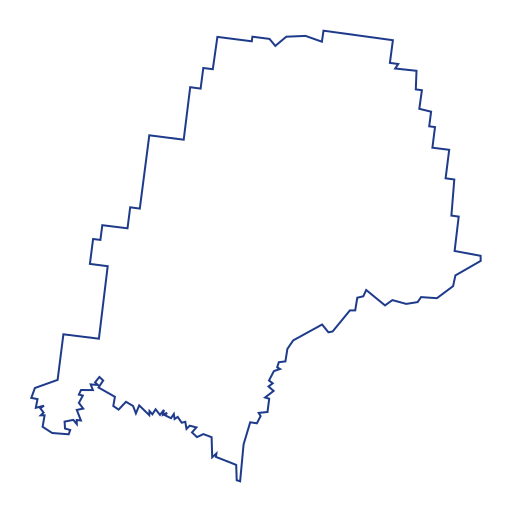 the district of Balranald, New South Wales, Australia
{"feature_id": "25037944B43785864788030", "entity_name": "Balranald", "entity_type": "district", "adm_level": 2, "iso_a3": "AUS", "parent_name": "Australia", "parent_adm1": "New South Wales", "projection": "mercator", "projection_center": [143.52, -34.044], "detail": "medium", "context": "isolated", "style": "outline", "palette": "blue", "viewbox_px": 512, "rotation_deg": 0, "n_neighbors": 0, "source": "geoboundaries", "source_scale": "gbopen_adm2", "svg_char_len": 1858}
<svg xmlns="http://www.w3.org/2000/svg" viewBox="0 0 512 512"><path d="M252.4,36.7L251.8,41.3L217.4,36.9L212.8,69.2L203.3,68.0L200.6,88.6L190.2,87.2L183.7,139.7L149.3,135.3L139.8,208.6L130.2,207.3L127.5,228.3L102.3,225.2L100.4,239.9L93.1,239.0L89.9,263.9L107.7,266.2L98.9,338.7L63.4,334.3L57.6,379.9L34.9,388.0L31.3,397.9L37.5,399.1L35.8,407.8L44.0,405.7L40.3,408.3L43.6,412.6L40.8,415.3L44.6,415.3L42.6,426.8L52.2,433.0L68.7,434.3L70.2,430.0L65.0,428.5L64.6,421.6L73.3,419.9L76.8,424.1L76.7,420.0L80.9,420.5L76.8,409.9L83.2,408.6L78.9,402.9L82.8,395.6L78.9,394.6L81.0,390.0L92.9,390.1L90.7,384.4L97.9,385.0L95.1,382.3L99.4,377.0L103.2,380.5L98.5,387.5L114.9,396.8L113.3,406.0L118.6,409.6L126.0,401.8L133.1,406.0L135.9,413.4L139.2,405.4L149.3,415.2L149.5,411.1L152.4,414.3L155.6,409.3L160.0,414.9L163.9,409.9L162.9,414.9L167.0,412.8L165.1,415.3L171.0,418.2L173.8,414.0L174.6,419.0L177.7,416.9L181.7,422.7L185.3,421.8L186.5,428.9L189.7,425.7L196.4,427.4L192.0,432.4L197.0,437.1L203.4,434.1L211.6,437.2L212.2,457.3L216.4,453.5L215.9,456.9L236.2,464.9L236.7,480.2L240.1,481.3L243.6,444.3L250.2,422.3L256.9,423.3L260.6,416.1L258.7,412.9L267.5,412.0L269.2,398.7L265.1,397.5L273.6,390.9L268.5,386.5L272.7,383.3L269.0,380.5L273.9,371.1L280.0,369.0L277.2,367.3L278.8,362.2L285.4,361.4L287.4,348.9L293.2,340.4L322.1,324.5L328.4,332.3L332.6,331.5L349.9,310.4L355.2,310.4L357.3,297.7L363.3,296.3L366.2,290.0L385.0,305.4L392.4,300.1L406.2,303.9L417.6,302.1L421.1,297.1L436.9,298.2L453.1,286.1L455.4,275.4L480.7,260.9L480.6,255.8L454.6,251.0L458.7,216.6L451.4,215.6L454.3,179.5L445.6,178.3L449.2,149.8L432.4,147.7L435.0,127.1L429.2,126.3L431.1,111.7L419.3,108.8L421.9,90.2L415.8,89.4L416.5,70.8L395.2,68.5L398.2,64.0L389.9,62.9L392.9,40.2L323.5,30.7L321.9,41.7L305.5,35.9L286.3,36.7L275.3,45.9L269.5,38.9L252.4,36.7Z" fill="none" stroke="#1e3a8a" stroke-width="2"/></svg>